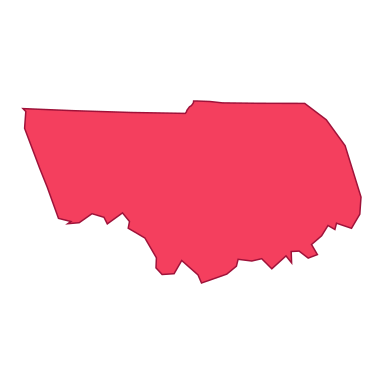 Claiborne, Tennessee, United States of America
{"feature_id": "52423323B30957198901139", "entity_name": "Claiborne", "entity_type": "district", "adm_level": 2, "iso_a3": "USA", "parent_name": "United States of America", "parent_adm1": "Tennessee", "projection": "natural_earth1", "projection_center": [-83.671, 36.467], "detail": "fine", "context": "isolated", "style": "filled", "palette": "rose", "viewbox_px": 384, "rotation_deg": 0, "n_neighbors": 0, "source": "geoboundaries", "source_scale": "gbopen_adm2", "svg_char_len": 863}
<svg xmlns="http://www.w3.org/2000/svg" viewBox="0 0 384 384"><path d="M23.0,108.6L25.8,111.5L24.6,128.3L39.7,168.3L47.3,187.3L58.5,218.4L70.9,221.5L67.8,223.7L79.2,222.7L92.0,213.7L104.0,217.3L107.3,223.9L122.5,212.9L129.5,221.5L128.2,228.2L144.9,238.0L156.4,257.8L156.0,267.9L162.1,274.5L174.1,273.7L181.7,260.5L198.0,274.9L201.5,283.0L226.8,274.1L236.4,266.2L238.1,259.3L251.8,261.0L261.7,258.7L271.8,268.8L286.0,255.9L291.6,262.9L291.2,251.5L299.1,251.1L308.2,258.1L317.4,254.6L311.5,244.5L321.6,235.8L328.0,225.5L334.9,229.5L336.5,223.2L351.5,228.3L359.8,214.2L361.0,197.1L345.1,145.7L326.3,119.8L304.7,103.4L258.5,103.3L222.5,102.9L209.9,101.5L196.5,101.0L193.6,101.0L193.5,102.5L192.7,103.9L191.4,105.6L189.5,106.8L187.0,110.2L186.3,112.1L185.3,113.4L131.6,112.5L74.0,110.7L54.1,109.9L23.0,108.6Z" fill="#f43f5e" stroke="#9f1239" stroke-width="1.5"/></svg>